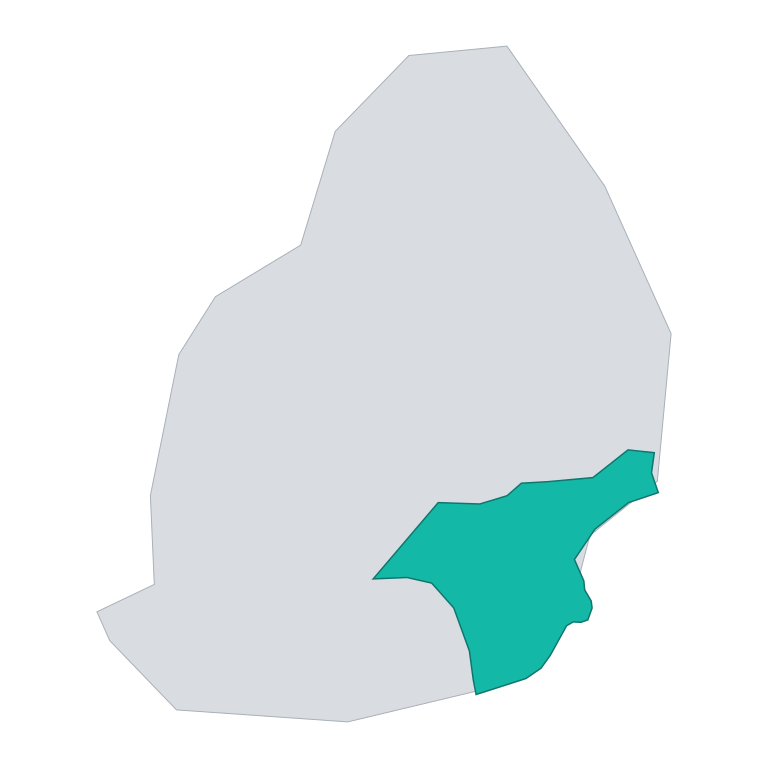 Mauritius, with Grand Port highlighted
{"feature_id": "MUS-5185", "entity_name": "Grand Port", "entity_type": "District", "adm_level": 1, "iso_a3": "MUS", "parent_name": "Mauritius", "parent_adm1": "", "projection": "albers", "projection_center": [57.689, -20.397], "detail": "fine", "context": "in_parent", "style": "filled", "palette": "teal", "viewbox_px": 768, "rotation_deg": 0, "n_neighbors": 0, "source": "natural_earth", "source_scale": "10m", "svg_char_len": 803}
<svg xmlns="http://www.w3.org/2000/svg" viewBox="0 0 768 768"><path d="M500.6,685.3L347.7,721.9L176.5,709.9L109.8,640.7L96.9,611.8L154.3,584.4L150.4,495.5L178.8,354.6L215.4,296.7L300.7,245.1L335.2,131.4L408.9,55.5L506.9,46.1L604.8,186.2L671.1,333.7L657.3,481.3L589.9,535.4L567.6,620.7L500.6,685.3Z" fill="#d9dde1" stroke="#a8b0b8" stroke-width="1"/><path d="M654.3,452.7L651.5,472.9L658.3,492.6L628.7,502.5L595.0,529.1L574.4,559.5L583.8,580.8L584.7,589.9L591.2,601.0L592.1,608.0L587.8,619.9L580.9,622.3L573.2,621.9L566.6,625.7L550.4,655.1L541.1,668.1L526.0,678.5L476.1,694.5L473.3,680.1L469.4,651.0L453.8,608.0L431.7,583.1L407.0,577.5L373.2,578.9L438.2,502.6L479.8,504.0L507.1,495.7L521.4,483.2L546.1,481.8L592.9,477.6L628.0,449.9L654.3,452.7Z" fill="#14b8a6" stroke="#0f766e" stroke-width="1.5"/></svg>